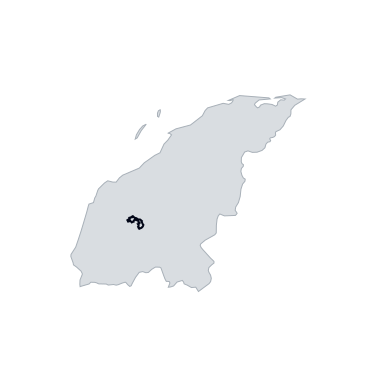 La Libertad, Comayagua, Honduras (highlighted), rotated 326°
{"feature_id": "27666195B37640617369838", "entity_name": "La Libertad", "entity_type": "district", "adm_level": 2, "iso_a3": "HND", "parent_name": "Honduras", "parent_adm1": "Comayagua", "projection": "orthographic", "projection_center": [-87.636, 14.872], "detail": "fine", "context": "in_parent", "style": "outline", "palette": "ink", "viewbox_px": 384, "rotation_deg": 326, "n_neighbors": 0, "source": "geoboundaries", "source_scale": "gbopen_adm2", "svg_char_len": 4741}
<svg xmlns="http://www.w3.org/2000/svg" viewBox="0 0 384 384"><g transform="rotate(326 192 192)"><path d="M337.7,178.1L325.7,177.6L320.0,179.2L317.6,182.6L315.4,184.2L313.7,183.9L310.0,185.2L304.6,188.3L299.7,189.6L295.3,188.9L294.1,189.7L293.7,190.7L293.1,191.6L291.4,192.2L289.4,191.9L287.2,190.9L286.1,191.4L286.0,193.3L284.8,193.9L282.5,193.0L280.0,193.7L277.2,196.1L273.3,196.7L268.2,195.4L264.2,192.9L261.4,189.2L258.0,188.3L252.2,191.1L249.8,194.4L249.3,196.4L249.9,198.2L248.8,199.4L246.1,200.1L244.0,202.3L242.7,206.1L242.4,209.1L243.3,211.1L241.9,212.7L238.4,213.7L234.2,217.0L229.4,222.7L224.6,226.7L219.8,228.9L217.5,231.4L217.6,234.1L217.4,235.0L216.4,235.3L214.9,235.7L205.5,229.9L202.8,225.8L200.5,226.4L197.6,228.5L193.6,233.2L189.2,239.5L187.0,240.2L176.0,239.3L170.2,239.9L169.0,240.7L168.5,243.0L168.8,246.1L170.4,257.2L171.4,261.8L170.5,263.2L167.5,263.4L163.7,264.1L161.6,266.2L161.1,268.3L160.9,271.3L159.7,274.4L157.3,276.7L154.9,277.5L141.7,278.1L141.9,273.0L138.1,270.9L136.0,266.6L134.1,263.7L134.7,262.0L134.5,259.9L129.2,258.3L124.2,259.6L121.3,258.8L119.1,257.7L122.8,255.1L123.1,253.6L121.9,252.5L120.7,251.7L121.0,248.9L121.8,245.5L123.8,237.6L123.1,236.2L119.7,233.8L115.5,233.6L110.8,234.3L108.6,233.1L106.6,230.4L103.3,229.1L97.4,231.2L91.1,234.5L89.2,235.7L87.6,235.5L86.9,233.0L86.6,230.1L86.2,229.4L82.9,228.4L79.0,227.6L77.0,226.8L75.2,224.8L70.5,222.3L69.5,220.4L63.3,216.0L62.0,213.8L60.6,212.3L57.6,210.2L55.3,210.7L47.5,208.2L46.3,207.9L47.4,205.8L49.9,202.4L55.3,198.7L55.8,195.7L54.4,189.9L53.0,186.1L53.8,184.4L55.5,177.7L56.8,176.1L64.7,172.7L65.4,172.2L71.6,167.5L78.4,162.2L85.5,156.4L93.5,149.8L97.8,146.0L99.8,144.4L104.4,145.7L108.0,142.6L110.1,141.6L114.9,137.9L116.4,137.1L124.5,135.6L128.4,135.6L131.8,139.4L134.6,141.4L139.7,139.7L144.0,139.3L161.7,142.7L168.7,141.1L181.6,140.8L187.4,141.6L195.6,136.6L200.9,135.5L207.0,133.2L206.2,130.8L204.7,129.8L214.1,130.7L228.2,135.6L243.2,134.6L248.5,131.8L252.0,131.0L267.4,135.9L271.5,139.9L274.6,140.2L277.0,139.3L277.7,138.4L274.7,137.6L273.3,136.4L285.4,138.7L308.4,157.0L308.9,158.6L299.1,153.2L294.0,153.7L292.6,154.6L293.0,157.6L293.5,159.0L295.7,159.2L297.3,158.3L301.3,159.2L304.0,161.2L307.3,164.2L309.3,167.6L311.4,167.6L313.4,165.5L317.2,165.2L319.8,167.4L321.6,167.2L319.0,163.8L313.1,160.4L314.5,160.3L327.6,166.3L331.4,174.0L334.5,175.7L337.7,178.1ZM184.3,112.7L176.8,116.5L174.5,116.4L177.9,113.5L183.4,110.9L188.1,109.7L192.0,110.2L184.3,112.7ZM209.9,108.5L206.3,111.3L205.7,110.0L207.4,107.4L209.5,105.9L211.6,106.0L211.1,107.2L209.9,108.5Z" fill="#d9dde1" stroke="#a8b0b8" stroke-width="1"/><path d="M133.3,192.1L133.2,191.0L133.7,188.1L134.2,188.0L134.0,187.1L133.6,185.8L131.9,184.5L131.7,184.4L131.7,184.2L131.4,184.1L131.3,183.9L131.3,183.7L131.2,183.7L131.3,183.6L131.3,183.4L131.5,183.3L131.5,183.2L131.4,183.1L131.3,182.9L131.2,182.8L131.2,182.7L131.1,182.4L130.9,182.2L130.7,182.2L130.5,181.9L130.4,181.9L130.3,181.7L130.2,181.4L130.1,181.2L130.0,180.9L129.9,180.8L129.9,180.7L129.7,180.5L129.6,180.3L129.6,180.2L129.6,179.9L129.6,179.7L129.5,179.4L129.4,179.3L129.4,179.1L129.4,178.9L129.1,178.8L128.9,178.9L128.7,178.9L128.8,179.0L128.7,179.1L128.5,179.3L128.4,179.4L128.4,179.5L128.2,179.5L128.1,179.4L127.9,179.3L127.9,179.2L127.6,178.9L127.4,178.8L127.2,178.9L127.0,179.0L126.9,179.0L126.7,178.9L126.6,179.0L126.3,179.0L126.2,179.0L126.2,178.9L125.9,178.7L125.9,178.8L125.8,179.0L125.7,179.0L125.7,178.9L125.5,179.0L125.4,179.0L125.2,179.2L124.9,179.1L124.7,179.1L124.6,179.3L124.4,179.3L124.2,179.3L124.1,179.2L123.9,179.3L123.6,179.3L123.3,179.4L123.0,179.4L122.9,179.4L122.8,179.2L122.7,179.2L122.7,179.3L122.7,179.5L122.6,179.8L122.6,180.2L122.6,180.3L122.5,180.5L122.8,180.6L122.9,180.9L122.9,181.0L123.0,181.1L123.3,181.0L123.3,180.8L123.5,180.8L123.7,181.0L123.8,181.0L124.1,181.1L124.3,181.1L124.5,181.4L124.6,181.5L124.8,181.4L124.8,181.5L124.7,181.6L124.6,181.8L124.7,182.0L124.8,182.1L124.9,182.4L124.9,182.8L125.0,183.0L125.1,183.3L125.1,183.5L125.4,183.5L125.5,183.6L125.8,183.7L126.0,183.7L126.3,183.8L126.5,183.8L126.8,183.8L127.0,183.9L127.1,183.7L127.2,183.4L127.3,183.4L127.5,183.3L127.8,183.2L128.0,183.2L128.9,182.8L131.2,185.4L131.3,186.1L130.7,187.2L131.2,187.6L131.4,188.0L131.0,188.6L129.9,188.5L129.7,188.6L129.4,188.6L129.2,188.5L129.2,189.7L128.4,190.4L128.2,190.5L128.0,190.8L127.9,190.8L127.9,191.0L128.0,191.1L127.9,191.3L127.9,191.6L128.0,191.7L127.9,191.8L127.7,191.8L127.7,192.0L127.6,192.3L127.5,192.5L127.6,192.8L127.7,193.0L127.8,193.0L128.1,193.0L128.3,193.1L128.5,193.1L128.8,193.0L129.1,193.2L129.2,193.3L129.3,193.3L129.7,193.4L129.9,193.4L130.5,193.4L130.8,193.4L131.1,193.3L131.3,193.1L131.9,193.1L133.3,192.1Z" fill="none" stroke="#020617" stroke-width="2"/></g></svg>